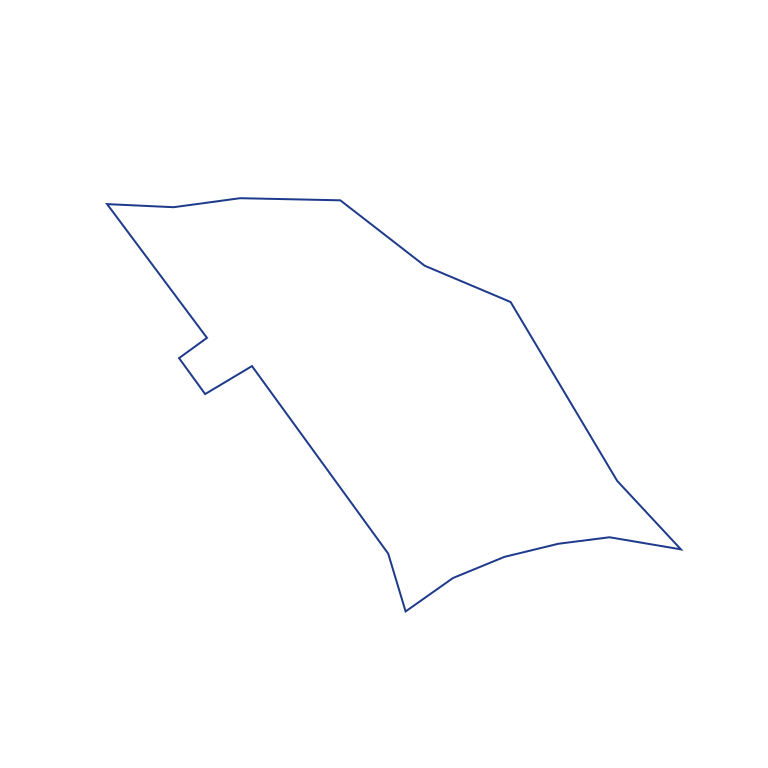 map outline of Bududa (Mercator projection), rotated 54°
{"feature_id": "UGA-5626", "entity_name": "Bududa", "entity_type": "District", "adm_level": 1, "iso_a3": "UGA", "parent_name": "Uganda", "parent_adm1": "", "projection": "mercator", "projection_center": [34.397, 1.046], "detail": "fine", "context": "isolated", "style": "outline", "palette": "blue", "viewbox_px": 768, "rotation_deg": 54, "n_neighbors": 0, "source": "natural_earth", "source_scale": "10m", "svg_char_len": 392}
<svg xmlns="http://www.w3.org/2000/svg" viewBox="0 0 768 768"><g transform="rotate(54 384 384)"><path d="M692.3,241.0L640.5,291.7L615.7,336.9L594.6,388.3L581.5,442.2L580.7,500.2L523.7,480.3L291.9,480.3L287.0,534.6L242.6,534.6L242.6,500.1L75.7,502.3L117.3,450.3L149.1,391.2L209.7,311.4L312.2,281.6L392.1,233.4L599.5,252.3L692.3,241.0Z" fill="none" stroke="#1e3a8a" stroke-width="2"/></g></svg>